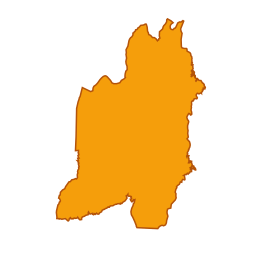 the district of Huazalingo, Hidalgo, Mexico, rotated 173°
{"feature_id": "50627088B24413335257695", "entity_name": "Huazalingo", "entity_type": "district", "adm_level": 2, "iso_a3": "MEX", "parent_name": "Mexico", "parent_adm1": "Hidalgo", "projection": "equal_earth", "projection_center": [-98.497, 20.994], "detail": "fine", "context": "isolated", "style": "filled", "palette": "amber", "viewbox_px": 256, "rotation_deg": 173, "n_neighbors": 0, "source": "geoboundaries", "source_scale": "gbopen_adm2", "svg_char_len": 5648}
<svg xmlns="http://www.w3.org/2000/svg" viewBox="0 0 256 256"><g transform="rotate(173 128 128)"><path d="M209.7,46.8L207.6,46.5L207.4,46.0L206.6,46.3L204.8,45.5L201.2,45.7L198.9,43.1L198.4,43.1L197.9,43.6L197.2,45.3L196.0,46.0L195.6,44.7L194.1,44.8L193.9,44.5L193.1,44.6L192.9,45.0L192.2,45.1L191.0,44.7L188.9,44.9L188.7,45.4L187.8,43.7L186.9,42.7L185.2,42.8L185.0,44.2L184.1,45.3L182.0,45.7L180.5,46.5L178.1,46.8L177.7,49.1L177.4,49.5L176.7,47.7L176.2,47.2L173.5,47.6L173.6,46.6L172.7,46.1L171.7,47.1L171.3,47.0L171.6,46.5L171.1,46.2L170.1,46.7L169.5,47.3L168.7,46.3L167.7,46.1L167.3,46.2L166.6,47.2L164.4,48.1L163.8,49.4L161.8,50.2L161.4,50.1L160.2,50.8L158.8,51.0L157.8,51.9L156.9,52.0L157.0,51.7L156.2,51.6L155.1,52.8L152.4,52.7L151.0,53.4L149.5,53.8L148.5,53.7L147.9,54.1L146.7,54.1L145.0,53.5L144.9,54.2L144.4,54.2L144.3,53.7L143.1,53.9L142.6,54.7L139.7,56.1L137.5,58.6L137.7,58.9L138.0,60.9L137.1,61.2L136.2,62.2L136.3,60.6L135.4,60.1L134.6,60.2L133.2,59.6L133.6,58.9L133.0,58.0L133.2,57.2L134.4,57.1L134.1,55.7L133.3,54.4L131.9,55.5L132.0,54.9L130.5,56.0L129.9,56.1L130.9,53.0L131.8,52.3L132.4,50.5L134.1,47.8L135.2,44.9L135.3,43.8L135.2,41.5L134.1,38.8L132.7,34.3L131.7,30.3L131.7,29.3L131.2,28.0L110.7,24.5L109.2,26.1L107.6,27.0L106.0,27.3L104.5,26.6L102.6,27.3L101.5,29.1L100.9,31.5L99.2,35.4L99.2,36.2L99.6,38.5L99.5,40.1L98.7,42.5L97.8,43.0L95.3,43.3L94.3,47.1L89.9,50.8L88.7,52.8L88.8,54.5L88.4,57.0L89.0,58.5L88.0,61.3L86.8,62.8L87.0,63.8L85.8,64.9L83.8,66.0L82.6,68.1L81.3,67.6L80.8,69.4L79.9,70.3L78.1,69.6L77.7,70.2L77.8,73.2L77.7,74.1L78.3,74.2L77.0,75.0L76.0,74.6L74.7,75.8L74.4,75.8L74.3,75.2L74.0,74.9L73.0,75.8L72.3,76.0L71.9,76.9L70.2,77.0L70.1,78.1L71.0,78.9L70.7,79.1L71.2,81.1L69.9,81.5L70.3,79.3L69.6,79.3L69.1,80.1L68.1,79.5L67.9,79.7L67.0,78.5L66.0,78.1L65.8,78.9L66.1,79.3L66.4,79.2L66.2,80.0L66.9,80.6L67.4,80.1L67.7,80.5L67.3,81.0L67.5,81.2L67.3,81.7L67.6,81.8L67.6,82.2L68.2,81.9L68.6,82.8L69.2,82.7L68.8,83.5L68.8,84.4L69.2,85.3L69.1,86.1L69.4,86.2L68.9,87.2L70.1,87.7L70.5,86.7L71.6,85.9L72.2,86.1L71.7,86.8L71.4,88.7L71.3,90.4L71.7,90.5L71.5,92.7L71.1,92.7L70.9,93.1L72.0,93.5L72.7,93.2L73.1,92.4L73.2,92.9L72.9,93.5L72.2,94.0L72.3,94.4L71.9,95.4L72.2,95.7L72.0,96.6L70.9,98.0L70.2,99.3L70.4,99.4L69.0,101.5L68.4,103.3L68.3,104.6L68.6,106.8L70.6,109.7L70.7,110.3L69.6,111.1L69.3,111.8L69.4,115.4L68.7,118.2L68.9,120.0L68.6,123.0L67.0,126.7L67.2,128.1L67.9,129.0L68.3,131.2L68.1,132.1L66.3,134.6L65.9,134.6L65.7,135.0L64.8,134.5L64.4,133.3L63.4,133.5L63.0,134.0L62.9,136.1L63.3,138.1L62.5,140.8L62.6,141.9L62.0,143.3L61.8,146.0L61.4,146.7L60.8,146.8L60.3,147.4L59.8,147.5L59.7,147.3L59.1,148.1L59.0,148.7L58.5,148.9L57.6,149.0L56.2,148.6L55.7,149.1L55.5,149.6L56.3,151.5L56.3,152.6L55.2,153.9L54.6,154.0L53.4,153.2L51.3,154.0L50.9,153.5L50.9,154.0L50.6,154.6L50.1,154.8L49.5,155.5L49.5,156.5L49.0,156.4L48.6,158.0L48.2,157.6L47.7,158.4L47.0,157.5L46.3,158.8L46.6,159.7L47.0,159.9L46.9,160.3L47.2,160.8L47.1,161.9L47.5,162.3L47.6,163.0L48.6,163.6L49.8,166.2L51.7,166.6L52.8,168.2L54.8,166.2L55.0,166.5L54.0,167.2L54.1,167.5L53.9,168.3L54.1,168.2L54.2,168.8L54.5,168.8L55.0,169.9L55.3,169.8L55.4,170.1L55.0,170.3L54.9,171.5L55.2,171.5L55.3,171.9L55.7,171.4L56.6,173.2L57.0,172.7L56.8,172.4L57.9,172.1L57.8,171.8L58.0,171.7L58.5,171.8L59.3,170.8L58.2,172.8L57.7,172.9L57.8,173.6L58.3,173.6L57.8,174.1L57.2,174.4L57.4,173.5L56.6,173.6L55.9,173.2L55.3,175.3L56.1,176.5L57.2,175.5L57.2,175.0L57.6,175.3L57.5,175.9L56.7,177.0L56.8,177.6L57.8,176.6L58.1,176.8L57.9,177.5L56.9,177.7L56.1,179.3L56.3,180.0L56.0,182.7L55.8,182.9L56.4,183.5L57.0,182.6L57.9,183.3L57.4,183.2L56.8,183.6L56.6,184.6L56.2,184.9L56.4,185.7L56.7,185.6L56.4,186.4L56.3,188.6L56.0,189.2L56.1,191.2L56.8,192.2L56.7,193.8L57.4,195.3L59.9,197.0L60.0,198.2L59.8,199.1L60.3,199.8L62.5,200.1L64.5,200.9L65.1,202.1L64.5,209.4L62.8,215.4L63.5,217.4L63.7,219.5L63.5,220.3L59.7,227.3L60.4,227.9L62.5,226.7L63.9,227.0L65.8,226.2L68.2,222.3L69.2,221.3L70.0,221.3L71.0,220.2L72.0,220.2L73.2,220.8L73.8,221.6L73.8,223.6L73.3,224.9L72.4,225.9L70.4,227.0L72.2,229.1L75.5,231.5L76.3,230.8L76.8,228.5L78.3,226.6L80.0,225.2L80.8,224.1L81.6,222.1L85.0,219.7L85.7,215.5L85.4,213.3L86.5,212.8L87.0,211.6L87.4,211.6L87.3,212.0L88.2,211.0L89.3,213.1L90.8,214.5L92.7,214.8L94.3,217.2L96.0,218.2L96.2,220.0L96.8,221.7L96.7,225.8L97.2,228.8L98.3,229.1L98.7,228.7L100.3,228.3L102.9,228.3L104.7,226.6L105.9,226.2L106.4,225.3L107.3,224.6L108.5,224.5L109.1,223.1L110.0,222.7L110.8,221.7L111.5,221.6L111.8,219.6L113.1,218.0L114.3,217.4L115.6,216.0L116.4,214.5L118.1,209.3L120.4,205.9L120.5,202.6L121.0,201.5L120.9,197.5L122.0,194.3L122.0,191.9L121.4,189.4L121.7,186.0L123.2,184.7L124.2,182.1L124.7,179.8L124.7,179.1L124.4,178.5L126.0,177.2L128.7,176.1L130.6,173.9L133.8,173.4L136.6,173.7L138.4,174.7L139.6,177.4L142.5,181.5L143.6,182.4L144.5,182.6L146.2,182.2L148.3,180.8L150.0,179.3L152.7,176.3L154.6,174.7L156.8,173.5L157.8,171.9L158.4,169.3L160.6,168.7L168.4,173.7L171.7,165.1L172.7,163.8L173.0,162.7L174.3,160.1L176.6,153.7L180.6,125.7L182.9,111.9L179.9,111.8L180.2,109.7L180.5,109.4L180.2,109.1L180.1,107.3L181.0,106.9L180.8,105.0L180.3,104.1L181.6,104.0L181.1,101.7L181.5,101.4L182.2,101.6L181.2,100.2L181.6,100.0L181.2,98.7L181.7,98.4L181.2,95.5L181.8,95.2L181.8,93.5L182.7,92.5L183.4,90.9L183.2,89.5L183.8,88.5L184.1,87.6L184.2,84.9L185.3,83.7L186.5,84.2L187.3,83.7L190.2,83.4L191.8,81.8L193.1,81.8L197.0,77.5L198.2,75.4L200.5,74.5L202.9,72.4L203.4,70.2L203.7,69.6L204.3,69.5L205.4,66.9L204.5,66.1L204.0,64.5L204.0,63.8L204.5,63.0L205.1,62.9L206.0,60.9L206.9,60.2L209.0,54.6L209.4,52.8L209.4,48.1L209.7,46.8Z" fill="#f59e0b" stroke="#b45309" stroke-width="1.5"/></g></svg>